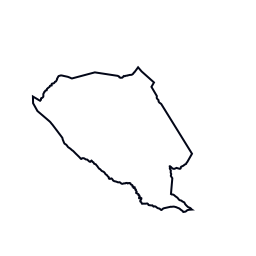 outline of Maraita, Francisco Morazán, Honduras, rotated 122°
{"feature_id": "27666195B63042217012253", "entity_name": "Maraita", "entity_type": "district", "adm_level": 2, "iso_a3": "HND", "parent_name": "Honduras", "parent_adm1": "Francisco Morazán", "projection": "equal_earth", "projection_center": [-87.016, 13.873], "detail": "fine", "context": "isolated", "style": "outline", "palette": "ink", "viewbox_px": 256, "rotation_deg": 122, "n_neighbors": 0, "source": "geoboundaries", "source_scale": "gbopen_adm2", "svg_char_len": 5620}
<svg xmlns="http://www.w3.org/2000/svg" viewBox="0 0 256 256"><g transform="rotate(122 128 128)"><path d="M179.5,56.0L179.2,56.0L178.4,55.7L178.0,55.6L177.5,55.4L176.8,54.8L172.1,50.0L172.0,49.7L171.9,49.5L170.9,48.2L170.5,47.7L170.1,46.8L169.7,45.4L169.5,44.8L169.5,44.2L169.1,42.1L169.1,41.4L169.3,40.1L169.4,39.3L169.4,38.5L169.6,37.1L169.7,36.9L169.9,36.6L168.8,35.3L168.3,34.9L167.5,34.5L166.6,34.3L166.2,34.1L165.0,32.9L164.2,31.8L163.4,30.7L163.4,30.9L163.2,31.2L163.1,31.5L162.9,32.5L162.9,33.1L163.0,33.7L163.2,34.9L163.2,35.5L163.0,36.4L162.7,37.8L162.2,39.3L162.0,39.7L161.3,40.7L161.3,41.0L161.3,41.4L161.4,42.2L161.5,42.9L161.5,43.2L161.3,43.8L161.3,44.3L161.4,44.6L161.6,45.1L161.7,45.5L161.8,45.9L161.8,46.4L161.7,46.9L160.9,49.2L160.8,51.3L160.7,52.2L160.5,53.2L160.5,53.8L160.5,54.2L160.7,54.7L160.9,55.3L161.2,55.7L161.2,56.3L161.2,56.6L147.1,63.8L146.8,64.6L146.0,66.0L145.9,66.3L145.3,66.6L144.7,66.7L144.3,66.9L144.0,67.1L143.6,67.7L142.9,68.4L142.5,68.6L142.0,68.8L141.4,69.1L141.2,69.4L140.7,70.3L140.3,71.0L139.1,71.6L138.8,72.0L138.5,72.2L138.4,72.3L138.2,72.2L138.3,70.7L138.6,69.7L138.7,69.1L138.7,68.6L138.5,67.9L138.3,67.4L138.0,67.0L137.6,66.7L136.4,65.9L136.1,65.7L135.8,64.5L135.6,63.8L135.3,62.8L135.1,62.4L134.9,62.2L134.6,62.0L134.2,62.0L133.2,62.4L132.8,62.4L132.5,62.3L130.7,61.1L129.2,60.6L128.6,60.3L128.0,59.9L127.6,59.7L126.3,59.9L125.5,59.7L115.9,60.1L90.0,112.6L89.9,113.9L89.9,114.6L89.7,115.2L89.5,115.8L89.3,116.1L88.8,116.5L88.3,116.8L88.1,117.2L87.8,118.6L87.5,119.3L87.1,119.7L86.3,120.1L85.6,120.5L80.7,129.9L75.6,130.1L72.8,146.5L71.2,151.6L77.6,152.1L77.9,152.4L78.7,152.4L79.4,152.4L79.9,152.6L80.6,152.9L80.9,153.1L81.4,153.7L82.2,154.8L83.2,155.7L83.6,156.2L84.0,156.4L84.6,157.3L85.4,157.9L85.7,158.1L85.9,158.4L86.0,159.0L86.4,159.2L86.9,159.2L87.9,159.4L88.2,159.5L88.4,159.6L88.7,160.1L89.1,160.5L89.4,161.1L89.6,162.1L89.5,162.3L89.3,162.5L89.1,162.6L89.1,163.0L89.2,163.7L89.2,164.3L98.4,185.6L115.7,201.8L115.9,202.6L116.0,203.5L116.2,204.7L116.5,206.2L117.5,209.0L117.7,209.5L118.3,211.3L118.9,212.7L120.2,213.9L120.7,214.3L121.2,214.4L122.5,214.3L123.5,214.3L124.1,214.2L124.4,213.9L124.7,213.9L125.8,213.8L126.6,213.8L126.9,213.9L127.5,214.4L127.8,214.4L128.4,214.4L129.0,214.5L129.4,214.7L129.7,214.9L130.4,215.7L130.8,216.0L131.2,216.0L131.4,215.9L131.8,215.7L132.1,215.4L132.4,215.3L132.6,215.5L133.0,216.1L133.6,216.5L134.5,216.3L134.9,216.4L136.3,217.0L137.4,217.3L137.8,217.4L138.8,217.0L139.2,217.0L139.4,217.2L139.7,217.7L140.0,217.8L140.7,217.9L141.3,217.8L141.9,218.1L142.2,218.0L142.6,217.9L143.7,217.9L144.4,217.6L145.9,216.6L146.6,216.4L147.0,216.5L147.5,216.6L147.9,216.7L148.5,217.3L148.8,217.4L149.0,217.4L150.1,216.8L150.7,216.8L151.0,216.9L151.5,217.0L151.7,225.3L157.3,221.6L161.6,213.8L164.0,197.7L164.3,196.6L164.5,196.0L164.7,195.6L165.2,193.9L171.1,178.5L172.4,177.2L173.1,176.2L174.2,174.7L174.7,173.9L174.9,173.5L174.9,172.9L174.9,171.8L175.0,171.2L175.3,170.3L175.6,169.7L176.0,168.5L176.0,167.8L176.1,165.9L176.3,164.7L176.5,163.7L176.5,162.7L176.6,162.1L176.9,160.8L177.4,158.8L178.4,154.1L178.8,152.7L179.1,151.7L179.0,151.3L178.9,151.1L178.7,151.0L178.2,151.0L178.0,150.9L177.8,150.7L177.3,149.9L177.1,149.5L177.0,149.2L177.0,148.8L177.0,147.9L177.0,147.1L176.4,145.8L176.7,144.2L176.9,143.2L176.9,142.8L176.8,142.4L176.7,142.1L176.4,142.0L175.8,141.8L175.5,141.9L175.2,141.8L175.0,141.7L175.1,141.0L175.4,140.5L175.5,140.2L175.6,139.7L175.4,139.3L175.4,139.1L175.6,138.7L176.0,138.2L176.2,137.9L176.2,137.5L175.9,136.3L175.9,136.0L176.0,135.7L176.3,135.1L176.6,133.9L176.8,133.4L177.2,132.6L177.8,130.9L177.8,130.5L177.7,129.9L177.8,129.4L178.0,128.8L178.2,128.0L178.3,127.6L178.3,127.3L178.1,125.8L178.1,125.1L178.2,124.5L178.6,123.5L179.0,122.8L179.1,122.2L179.2,120.6L179.3,120.4L179.5,120.1L179.7,119.6L179.8,119.3L179.8,118.7L179.9,118.3L180.1,118.0L180.5,117.8L180.9,117.5L180.9,117.3L181.0,117.0L180.9,116.7L180.7,116.3L180.3,115.9L179.7,115.6L179.6,115.4L179.5,115.1L179.6,114.8L179.7,114.3L179.9,113.8L180.2,113.2L180.4,112.9L180.4,112.3L180.4,111.7L180.3,111.2L179.8,109.9L179.5,108.5L179.4,107.7L179.1,107.3L178.9,106.9L178.5,106.5L178.4,106.1L178.4,105.9L178.6,104.4L178.6,104.0L178.5,103.6L178.2,103.0L177.2,102.2L176.9,101.9L176.7,101.3L176.4,101.0L176.3,100.9L175.8,100.7L175.6,100.5L175.4,100.2L175.3,99.7L175.2,99.8L175.1,99.7L175.1,99.3L175.0,99.0L174.5,98.4L174.1,98.0L173.9,97.7L173.7,97.3L173.7,96.8L173.7,96.6L174.2,96.1L174.3,96.0L174.3,95.4L174.2,94.5L174.2,94.1L174.5,93.8L174.9,93.3L175.1,93.2L174.8,92.5L174.8,92.3L175.4,92.2L175.6,91.9L175.8,91.6L175.8,91.4L175.7,91.2L175.4,91.0L175.1,90.8L175.0,90.7L175.8,90.1L175.9,89.9L175.9,89.2L176.0,88.9L176.1,88.7L176.4,88.7L176.7,88.6L177.2,87.3L177.4,86.9L177.6,86.8L178.4,86.8L178.6,86.8L178.8,86.6L178.8,86.4L178.8,86.2L178.6,84.7L178.6,84.2L178.7,83.9L178.9,83.7L179.1,83.6L179.3,83.6L179.5,83.4L179.5,83.2L179.2,82.7L179.4,82.4L179.6,82.1L179.8,81.9L180.5,81.8L181.2,81.7L181.6,81.5L181.7,81.3L181.7,81.2L181.4,80.7L181.2,80.6L180.7,80.4L180.4,80.2L180.4,79.9L180.5,79.5L180.5,79.4L181.5,79.0L183.0,79.0L183.4,79.0L183.6,78.8L183.8,78.6L183.9,77.6L184.0,77.3L184.3,76.8L184.7,76.3L184.8,76.0L184.7,75.8L184.1,75.0L182.9,73.0L182.2,72.2L181.9,71.8L181.8,71.5L181.8,71.2L181.9,70.7L182.3,70.0L182.4,69.8L182.3,69.6L182.3,69.3L182.0,68.7L181.4,67.4L181.1,66.8L180.8,66.5L180.7,66.4L180.7,66.2L180.9,65.5L181.1,65.0L181.1,64.7L180.9,64.4L180.6,64.3L180.3,63.9L180.2,63.7L180.1,63.4L180.0,62.8L180.2,61.0L180.2,60.3L180.1,59.9L179.7,58.7L179.7,58.4L179.9,56.9L179.9,56.4L179.8,56.2L179.5,56.0Z" fill="none" stroke="#020617" stroke-width="2"/></g></svg>